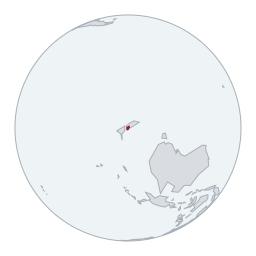 Tasman District highlighted on a globe, orthographic projection, rotated 203°
{"feature_id": "NZL-3403", "entity_name": "Tasman District", "entity_type": "Unitary Authority", "adm_level": 1, "iso_a3": "NZL", "parent_name": "New Zealand", "parent_adm1": "", "projection": "orthographic", "projection_center": [172.619, -41.407], "detail": "coarse", "context": "on_globe", "style": "filled", "palette": "rose", "viewbox_px": 256, "rotation_deg": 203, "n_neighbors": 0, "source": "natural_earth", "source_scale": "10m", "svg_char_len": 4608}
<svg xmlns="http://www.w3.org/2000/svg" viewBox="0 0 256 256"><g transform="rotate(203 128 128)"><circle cx="128" cy="128" r="113" fill="#eef3f6" stroke="#a8b0b8"/><path d="M141.9,80.4L142.0,81.2L141.9,81.3L141.9,80.4ZM197.4,216.7L196.4,217.5L197.1,216.8L199.8,214.3L197.9,215.4L199.8,213.5L196.8,215.8L196.2,214.5L192.2,216.8L190.8,215.7L188.0,217.1L188.9,216.2L188.8,215.5L187.6,215.7L191.7,212.2L197.1,209.7L198.7,209.8L199.8,208.4L203.6,207.9L203.5,207.1L210.1,203.0L213.5,200.8L217.9,195.9L211.7,203.4L204.8,210.4L197.4,216.7ZM184.0,40.6L183.2,39.2L185.2,40.6L184.0,40.6ZM181.8,37.9L182.3,38.5L181.7,38.0L181.8,37.9ZM180.7,37.4L181.5,37.8L180.6,37.4L180.7,37.4ZM179.3,36.7L180.0,37.0L179.3,36.7ZM176.9,35.4L176.3,35.1L177.0,35.2L176.9,35.4ZM183.5,218.3L190.8,212.7L187.3,215.8L187.9,216.9L183.0,220.0L183.5,218.3ZM184.2,221.6L183.1,223.1L181.9,223.7L182.4,222.9L184.2,221.6ZM66.6,33.6L66.3,33.9L64.5,35.2L61.0,37.7L63.5,35.7L62.7,36.2L66.6,33.6ZM53.8,43.3L53.8,43.5L50.9,46.7L41.2,57.6L35.5,64.4L34.6,66.0L33.9,66.5L30.6,71.8L30.1,75.8L29.3,78.3L25.1,87.1L25.5,85.4L23.5,86.6L21.5,93.4L22.9,94.1L23.3,98.7L21.5,100.0L21.2,96.3L20.6,96.5L22.0,90.9L23.4,86.3L27.0,78.2L31.2,70.4L36.0,63.0L41.4,56.0L47.3,49.4L53.8,43.3ZM55.7,203.0L56.8,202.7L57.4,204.0L55.7,203.0ZM38.5,98.5L40.8,97.3L40.8,97.8L38.5,98.5ZM36.1,98.7L38.5,97.0L35.9,100.0L36.1,98.7ZM39.5,96.3L41.9,93.7L42.9,92.2L42.9,93.2L39.5,96.3ZM34.6,100.1L27.4,107.5L24.9,109.5L25.2,107.2L29.3,102.6L34.6,100.1ZM25.0,107.4L21.5,108.2L18.6,103.7L19.6,101.2L23.0,100.9L22.7,102.6L24.8,102.9L25.0,107.4ZM34.6,88.6L34.3,92.9L30.1,96.6L28.3,97.8L27.1,94.3L27.7,91.2L29.1,89.7L35.9,75.9L37.9,75.9L35.5,80.9L37.3,82.5L34.6,88.6ZM39.6,68.4L36.2,73.9L39.7,67.5L39.6,68.4ZM42.3,63.2L42.0,64.7L41.3,64.0L42.3,63.2ZM33.5,68.1L32.0,70.2L32.5,69.2L34.7,66.0L33.5,68.1ZM48.7,49.6L46.8,52.5L45.8,53.7L46.1,52.7L48.7,49.6ZM127.2,127.1L130.4,128.7L128.7,132.8L125.3,136.9L119.9,137.7L127.2,127.1ZM91.5,137.9L88.1,133.2L92.9,132.0L93.7,136.5L91.5,137.9ZM129.8,124.3L131.2,120.1L128.6,114.4L132.3,119.8L137.2,121.0L131.8,128.6L129.8,124.3ZM64.6,124.4L52.9,141.2L49.3,142.5L48.2,138.5L41.1,131.0L42.0,130.4L38.9,124.7L44.7,113.0L48.2,99.5L53.8,97.2L56.6,88.5L63.0,86.5L62.3,92.5L70.5,93.8L72.5,80.3L80.9,92.2L89.2,96.3L95.6,105.7L93.6,124.7L89.2,129.3L86.8,127.8L85.4,130.2L81.0,130.3L75.5,125.0L74.2,127.4L74.0,122.5L72.9,127.3L69.1,124.3L64.6,124.4ZM112.2,87.9L114.0,88.3L118.0,91.2L115.0,90.5L112.2,87.9ZM137.5,82.4L139.1,83.9L136.9,83.8L137.5,82.4ZM141.9,81.3L139.2,81.2L141.9,80.4L141.9,81.3ZM117.8,79.8L119.0,80.7L118.4,81.0L117.8,79.8ZM117.0,79.5L117.5,78.1L117.9,79.5L117.0,79.5ZM107.0,72.0L107.8,71.3L108.4,71.9L107.0,72.0ZM44.1,95.1L46.9,89.8L48.8,88.5L44.1,95.1ZM105.4,70.6L103.1,70.6L103.1,69.9L105.4,70.6ZM105.2,69.1L104.8,68.1L106.6,70.3L105.2,69.1ZM100.5,67.1L103.5,68.7L100.2,67.4L100.5,67.1ZM98.9,67.5L96.9,66.9L97.0,66.6L98.9,67.5ZM79.6,71.2L86.7,75.6L81.7,76.2L75.8,73.9L72.4,78.0L64.1,80.0L65.6,77.5L64.2,75.0L56.3,76.8L54.7,75.7L57.3,73.3L52.5,74.1L57.7,71.0L60.1,73.7L63.1,69.6L69.0,68.5L75.2,68.1L80.7,69.8L79.6,71.2ZM58.3,79.1L59.2,78.7L58.5,80.2L58.3,79.1ZM93.1,65.0L96.0,66.7L95.8,67.2L94.4,67.0L93.1,65.0ZM81.9,68.9L87.6,64.8L89.1,64.7L85.4,68.8L81.9,68.9ZM85.9,63.0L88.8,63.0L90.6,64.6L90.0,65.2L85.9,63.0ZM47.6,80.6L47.5,81.7L46.2,81.6L47.6,80.6ZM49.2,79.1L53.1,78.3L48.9,80.2L49.2,79.1ZM38.7,82.2L39.7,83.9L42.6,80.3L40.4,84.1L42.7,86.6L42.1,88.6L39.8,85.7L39.4,90.7L38.1,91.5L37.2,88.2L38.3,82.7L39.6,79.9L45.1,75.5L38.7,82.2ZM49.0,76.2L48.1,74.0L48.8,71.9L49.9,72.7L49.0,76.2ZM45.7,69.4L43.8,68.1L41.5,70.6L46.5,63.8L47.5,66.2L45.7,69.4ZM44.8,64.5L42.7,66.8L45.2,63.2L44.8,64.5ZM42.4,66.2L42.7,64.5L44.1,63.6L42.4,66.2ZM45.8,63.9L47.1,60.4L47.4,61.8L45.8,63.9ZM43.4,60.8L45.6,61.5L41.8,63.2L43.9,57.6L45.7,56.2L43.4,60.8ZM67.6,34.1L68.4,33.2L70.6,32.0L69.4,32.9L67.6,34.1ZM78.7,27.9L71.5,31.4L65.9,34.7L66.6,34.5L63.5,37.0L63.5,36.2L69.0,32.5L72.9,30.4L75.5,28.8L79.6,26.8L81.7,25.5L84.2,24.4L83.4,25.0L78.7,27.9ZM89.7,22.1L91.1,21.6L90.7,21.8L86.9,23.3L85.3,23.8L82.5,25.0L85.8,23.6L89.7,22.1Z" fill="#d9dde1" stroke="#a8b0b8" stroke-width="1"/><path d="M127.4,126.8L127.8,126.4L127.9,126.5L128.0,126.4L127.9,126.3L128.0,126.2L128.6,126.3L128.2,126.3L128.1,126.5L128.4,126.9L128.6,126.8L128.7,127.0L128.7,127.4L128.6,127.5L128.7,127.8L129.0,128.0L128.9,128.2L128.8,128.3L128.5,128.7L128.1,129.4L127.9,129.7L127.7,129.8L127.6,129.5L127.3,129.4L127.2,129.2L127.3,128.7L127.7,128.1L127.9,128.0L127.9,127.7L128.1,127.6L127.8,127.3L127.6,127.3L127.6,127.1L127.5,126.9L127.4,126.8Z" fill="#f43f5e" stroke="#9f1239" stroke-width="1.5"/></g></svg>